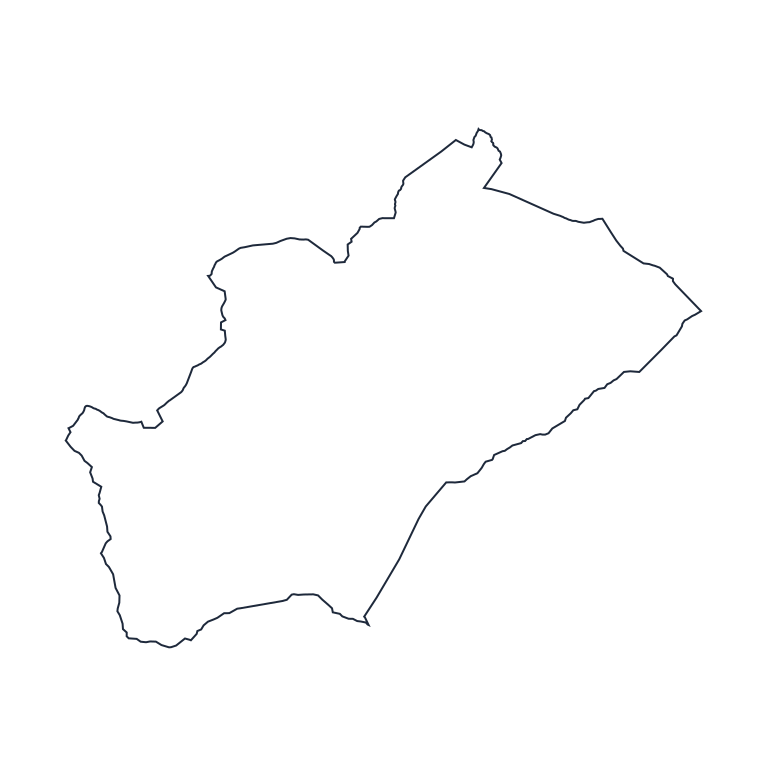 Kwabre East, Ashanti, Ghana (orthographic projection), rotated 176°
{"feature_id": "2480657B60556198830817", "entity_name": "Kwabre East", "entity_type": "district", "adm_level": 2, "iso_a3": "GHA", "parent_name": "Ghana", "parent_adm1": "Ashanti", "projection": "orthographic", "projection_center": [-1.514, 6.788], "detail": "fine", "context": "isolated", "style": "outline", "palette": "slate", "viewbox_px": 768, "rotation_deg": 176, "n_neighbors": 0, "source": "geoboundaries", "source_scale": "gbopen_adm2", "svg_char_len": 6152}
<svg xmlns="http://www.w3.org/2000/svg" viewBox="0 0 768 768"><g transform="rotate(176 384 384)"><path d="M100.8,480.8L105.8,483.1L107.4,483.6L111.2,485.2L116.7,486.2L135.8,500.1L136.2,502.4L138.6,505.4L142.3,510.9L147.1,519.6L154.6,533.6L156.5,533.6L158.8,533.7L160.5,533.3L162.2,532.9L163.9,532.2L165.8,531.7L167.7,531.1L169.9,531.1L171.7,531.0L173.3,530.9L174.6,531.2L179.0,532.3L180.3,532.9L181.0,533.2L182.0,533.4L183.2,533.4L184.9,533.7L186.5,534.5L188.1,535.0L189.4,535.7L190.7,536.5L192.1,537.0L192.9,537.5L193.9,538.2L194.9,538.6L196.0,539.2L196.6,539.5L203.0,542.0L245.7,564.8L263.2,570.9L270.6,572.6L251.3,596.2L252.9,599.8L252.1,601.3L251.4,603.1L251.1,604.1L251.4,605.8L252.1,607.8L253.4,608.7L254.3,611.1L255.0,611.9L256.3,612.7L257.0,613.0L257.2,613.3L258.2,614.4L258.2,614.7L258.4,615.0L258.2,616.1L258.4,616.9L259.5,617.9L260.0,618.7L259.3,620.2L259.6,622.4L260.4,623.0L260.8,624.9L262.1,626.1L262.8,626.4L264.2,627.1L265.7,628.2L266.3,629.0L267.9,629.6L268.9,630.4L271.1,630.7L271.9,631.7L272.6,629.9L274.1,627.9L275.2,625.3L276.6,624.0L277.8,621.1L277.6,619.1L278.0,617.4L278.6,616.2L280.0,614.0L287.1,617.2L295.3,622.4L310.7,611.9L348.4,588.7L348.9,588.0L350.2,586.3L350.8,585.4L350.7,582.3L351.2,581.3L351.9,580.5L352.5,579.9L353.1,578.8L353.3,577.7L353.7,577.1L354.5,576.3L355.6,575.9L356.1,575.2L356.5,574.3L356.8,573.2L356.8,572.7L358.4,570.5L360.3,567.5L360.2,566.5L359.9,565.5L359.9,564.5L360.2,563.6L360.5,562.8L360.5,562.1L360.2,561.4L360.4,560.6L360.9,559.5L361.1,558.3L360.8,556.9L360.5,555.4L360.4,554.2L362.5,548.7L372.4,549.4L373.8,549.6L377.3,549.0L380.3,546.7L382.3,545.8L384.8,543.4L387.4,541.9L389.1,541.9L396.1,542.6L397.3,541.6L397.5,540.3L399.9,536.6L406.7,531.1L406.4,528.2L410.5,525.7L410.8,519.2L410.4,514.5L414.5,509.2L414.7,508.4L423.5,508.4L424.7,508.5L425.4,509.4L425.3,511.2L425.7,512.3L426.7,513.9L427.8,515.3L428.5,515.8L435.4,521.3L449.6,533.2L451.8,533.7L454.5,533.7L458.2,534.1L463.0,535.5L467.1,536.1L470.9,535.7L477.3,533.9L481.6,532.3L485.2,531.7L486.5,531.7L505.1,531.4L513.3,530.2L517.6,529.8L519.4,529.1L523.5,526.6L525.6,525.5L532.2,522.9L533.6,522.4L534.4,522.0L535.5,521.3L536.8,520.4L538.5,519.5L540.0,518.8L541.2,518.3L542.4,517.7L543.2,516.8L543.8,515.7L544.9,514.0L545.1,513.3L545.5,512.5L546.3,511.3L546.9,510.2L547.8,508.5L548.0,507.8L548.2,506.4L548.3,505.8L549.8,504.3L550.8,504.1L551.9,504.1L544.9,492.1L536.5,487.6L536.0,479.7L536.1,479.1L536.9,477.6L538.0,475.8L540.0,472.9L540.6,471.7L540.9,470.7L541.2,469.0L541.0,467.6L540.4,464.0L539.8,462.4L538.3,460.5L537.7,458.8L542.3,456.8L542.9,449.8L539.1,448.3L539.0,443.0L538.8,440.1L538.8,439.0L539.1,438.3L539.4,437.3L539.9,436.3L540.8,435.3L541.2,434.8L541.8,434.2L542.7,433.6L543.6,433.0L544.3,432.5L545.1,432.2L545.9,431.7L547.0,431.0L547.6,430.4L549.9,428.4L551.0,427.2L551.8,426.6L552.7,425.9L554.5,424.3L555.8,423.2L558.2,421.6L560.0,420.0L561.4,419.1L562.9,418.4L564.9,417.1L567.2,416.3L568.5,415.6L570.3,415.0L571.6,414.5L572.8,414.2L573.5,413.6L574.0,412.9L574.3,412.4L575.6,409.4L580.3,399.3L580.6,398.6L581.7,396.8L582.7,395.5L583.9,394.3L584.5,393.3L585.3,391.7L586.5,390.4L586.8,390.1L598.9,382.6L599.6,382.3L601.9,380.6L602.6,380.0L604.5,378.4L605.5,377.8L606.3,377.4L609.9,375.5L610.5,375.0L611.1,374.5L611.6,373.8L612.1,373.5L607.4,362.1L615.3,356.2L626.7,357.1L628.7,363.3L629.1,363.2L630.5,362.9L631.4,362.8L633.0,362.7L633.7,362.8L635.1,362.8L635.9,362.8L637.1,362.8L643.7,364.7L646.6,365.4L648.6,365.7L649.9,366.0L650.9,366.4L653.4,367.2L654.6,367.6L655.7,367.9L656.6,368.3L657.6,368.9L658.7,369.4L659.2,369.6L660.0,370.0L660.7,370.2L661.1,370.3L662.6,370.9L665.1,373.4L665.8,374.3L667.3,375.2L669.5,377.1L671.0,378.0L672.0,378.4L673.4,379.4L674.8,379.8L675.9,380.4L677.1,381.3L678.5,382.0L679.5,382.4L680.6,382.7L681.3,382.9L681.8,382.9L682.3,382.9L682.6,382.7L682.9,382.7L683.4,382.3L683.7,382.1L683.9,381.6L684.2,381.1L684.4,380.6L684.7,379.6L684.9,378.9L685.3,378.2L685.7,377.4L686.3,376.6L686.8,375.9L688.3,374.8L689.5,373.8L690.2,373.1L690.7,372.2L690.9,371.7L691.2,371.0L691.6,370.6L691.7,370.2L691.9,369.8L697.0,364.0L701.2,362.1L701.8,361.9L700.1,357.8L702.6,354.6L705.1,350.1L705.4,349.8L701.0,343.2L697.4,338.9L693.1,336.6L690.6,333.7L688.1,328.2L685.4,325.9L681.2,321.5L683.3,316.4L681.3,310.0L681.1,306.8L673.2,301.2L675.3,295.2L676.3,293.0L675.7,289.3L676.6,287.1L676.8,285.2L675.2,283.3L673.9,281.4L673.6,276.4L672.3,272.5L670.2,261.1L670.2,255.9L667.5,251.1L667.5,248.4L670.9,246.3L672.7,244.5L677.1,236.1L678.2,234.9L675.5,230.0L673.9,223.8L671.2,220.7L667.5,213.1L666.0,199.3L662.6,191.5L663.3,184.3L665.3,178.6L665.8,175.9L663.7,171.8L661.5,163.1L661.5,157.7L658.0,154.1L658.3,150.3L656.4,148.1L648.5,147.0L644.7,143.9L639.4,143.0L635.3,143.5L629.5,142.9L624.2,139.1L616.8,136.3L614.8,136.3L609.6,137.6L600.3,144.0L595.7,142.4L594.5,141.8L588.3,147.8L587.4,150.6L583.5,151.9L580.8,155.8L576.2,159.2L570.4,161.0L566.5,162.4L559.5,166.5L554.3,166.2L546.1,170.1L542.9,170.3L500.6,174.6L496.0,175.5L490.8,180.3L488.6,180.6L484.4,179.6L478.8,179.6L469.2,179.1L464.5,177.7L460.6,173.2L454.9,167.5L451.5,163.9L451.0,159.8L444.1,157.8L441.8,155.1L435.7,152.3L431.4,151.9L427.3,149.4L423.7,148.7L418.7,147.3L417.1,145.2L416.2,144.7L419.3,152.5L420.0,153.3L406.3,171.4L381.0,208.1L358.9,247.0L350.9,258.9L328.8,281.5L323.3,281.2L320.0,280.8L310.5,281.2L308.0,283.2L303.9,286.0L297.0,288.5L292.5,293.4L291.8,294.4L290.7,296.1L289.7,297.5L288.0,299.4L282.8,300.5L281.6,300.7L280.8,301.5L279.1,305.5L270.4,308.7L268.2,308.9L265.7,310.5L262.9,311.9L260.2,313.7L252.2,315.3L251.3,315.5L249.5,317.3L247.2,317.3L245.4,319.1L244.1,319.1L236.5,322.4L231.7,323.1L229.5,322.5L226.7,322.3L223.3,323.4L219.2,327.9L218.6,328.2L206.1,334.5L204.8,337.7L199.7,341.8L197.0,344.6L192.9,345.3L190.4,349.6L185.3,354.1L184.5,355.3L181.1,355.7L175.6,361.6L174.9,362.3L173.3,362.5L170.6,364.1L164.3,364.7L161.3,368.2L157.9,369.3L154.7,371.6L151.7,372.7L143.8,379.3L137.4,379.5L128.5,378.2L105.2,398.5L91.0,411.2L88.8,412.1L82.8,420.7L82.1,423.3L79.6,426.4L77.1,427.3L71.9,430.3L68.9,431.4L62.6,434.6L86.5,463.1L88.6,466.4L88.4,468.9L93.3,471.9L94.0,473.7L100.8,480.8Z" fill="none" stroke="#1e293b" stroke-width="2"/></g></svg>